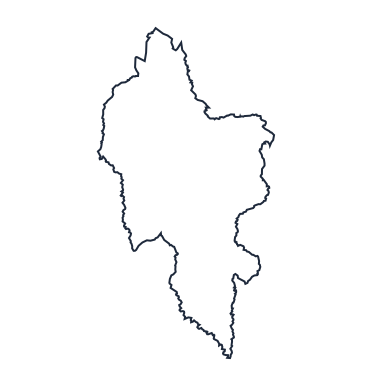 outline of Zacualpan, Veracruz, Mexico, rotated 124°
{"feature_id": "50627088B74691902992320", "entity_name": "Zacualpan", "entity_type": "district", "adm_level": 2, "iso_a3": "MEX", "parent_name": "Mexico", "parent_adm1": "Veracruz", "projection": "albers", "projection_center": [-98.327, 20.505], "detail": "fine", "context": "isolated", "style": "outline", "palette": "slate", "viewbox_px": 384, "rotation_deg": 124, "n_neighbors": 0, "source": "geoboundaries", "source_scale": "gbopen_adm2", "svg_char_len": 6021}
<svg xmlns="http://www.w3.org/2000/svg" viewBox="0 0 384 384"><g transform="rotate(124 192 192)"><path d="M215.1,280.2L214.1,277.8L215.2,276.5L215.2,273.9L214.2,272.7L215.7,270.0L217.2,269.9L218.8,267.8L218.5,266.4L217.3,264.9L217.5,262.7L216.8,260.6L218.6,259.6L219.0,258.6L220.5,258.0L220.8,255.8L224.3,256.0L224.6,253.5L227.0,252.6L228.6,250.4L229.3,250.1L231.0,250.8L231.0,249.0L234.8,249.1L234.9,248.3L233.9,247.8L234.2,245.5L235.9,245.0L236.9,243.4L239.8,243.6L240.6,241.1L242.4,238.3L243.5,237.9L245.3,238.7L247.1,238.5L247.8,236.2L249.7,236.2L250.4,235.3L252.1,235.2L253.7,233.7L255.2,233.1L255.5,229.8L257.8,229.6L258.6,229.0L258.1,227.4L259.4,227.0L259.6,226.0L258.2,224.7L258.2,223.3L258.7,222.3L260.6,221.7L260.1,220.4L260.6,219.3L262.4,218.6L265.4,218.5L266.9,215.3L268.2,214.7L268.6,213.4L270.3,211.3L272.2,210.1L273.4,207.5L272.6,206.4L271.2,205.9L266.5,206.2L261.6,204.9L257.3,202.4L255.6,199.2L252.3,196.3L250.6,196.3L248.9,195.1L243.5,194.8L245.3,193.3L245.2,192.3L247.3,188.2L247.6,182.0L248.6,180.6L247.6,179.7L247.8,177.2L247.4,176.1L250.9,171.1L250.8,169.7L251.2,169.1L252.3,169.2L253.6,170.3L255.2,170.3L255.5,169.0L257.3,168.2L258.8,165.7L262.5,164.8L262.7,164.2L265.6,162.5L267.3,160.9L270.7,161.4L272.7,162.5L276.5,161.7L279.9,160.0L280.4,159.4L280.6,157.0L283.5,156.1L283.4,148.8L284.5,147.7L285.7,148.1L286.3,147.3L285.9,144.8L286.6,144.0L287.9,143.9L288.5,142.7L288.4,140.5L289.3,138.8L291.4,138.7L292.9,139.4L293.8,138.2L294.3,136.0L296.3,136.5L297.0,136.2L297.3,134.5L295.8,132.9L295.6,131.7L296.6,130.8L298.8,130.2L299.3,127.9L301.4,127.1L298.0,124.9L296.7,122.1L298.9,121.4L299.1,120.7L300.5,119.9L299.1,118.8L297.3,118.5L297.6,116.1L297.3,114.4L298.2,113.1L297.9,111.5L300.0,112.2L301.1,112.0L301.6,110.3L301.5,109.6L299.5,108.2L300.1,106.7L299.9,105.4L300.6,104.3L299.3,101.5L299.4,101.0L300.6,101.3L301.4,99.9L300.9,99.0L297.9,96.8L299.1,94.7L298.1,94.0L298.2,93.4L301.4,92.0L301.6,91.5L301.1,87.6L302.6,84.6L304.1,83.7L302.3,82.9L302.1,81.8L303.5,80.2L305.5,79.4L304.3,76.6L305.8,75.8L307.4,76.4L308.6,75.9L309.0,75.1L308.3,72.8L307.1,70.9L307.6,70.3L309.8,70.1L308.4,67.6L306.6,68.1L305.1,69.0L303.8,68.8L302.6,69.2L301.4,70.5L300.6,72.5L297.2,72.6L297.0,73.5L293.7,75.1L292.2,76.2L292.0,77.0L289.2,75.9L288.6,76.3L287.3,78.3L286.0,78.6L285.1,80.4L283.4,81.0L283.0,82.6L281.3,85.2L279.7,84.6L277.3,84.6L276.6,86.1L274.8,86.1L274.2,86.7L273.8,88.2L273.0,88.9L270.5,88.9L270.6,89.8L271.7,91.1L271.2,92.1L268.5,91.8L268.2,92.6L265.7,93.0L266.1,93.9L264.0,95.6L261.0,96.3L260.7,95.8L259.7,95.9L257.2,96.7L256.9,97.5L252.5,98.6L252.3,99.5L250.8,99.2L249.4,100.0L249.0,100.5L250.2,101.6L250.0,102.2L247.3,102.5L247.7,103.7L246.1,103.6L243.8,106.2L242.9,109.1L241.5,109.8L240.7,109.4L237.4,110.9L235.7,110.2L235.8,107.4L237.6,105.7L236.8,98.4L238.3,96.4L236.4,95.2L234.3,95.7L232.4,94.9L228.7,94.8L226.3,93.6L224.4,91.4L223.5,91.4L223.1,92.2L222.3,92.0L221.0,93.5L219.2,92.5L215.9,93.5L214.4,95.1L214.2,96.4L211.8,97.7L208.6,101.1L208.4,102.0L209.7,103.2L209.8,106.1L210.4,107.0L209.9,111.4L210.6,113.2L210.0,114.5L211.1,116.9L209.0,117.7L208.2,119.0L208.9,122.5L210.9,123.7L210.2,124.5L210.3,125.3L209.5,126.0L209.4,127.7L208.7,127.5L208.8,129.2L208.3,129.6L205.2,131.1L203.2,130.9L201.3,132.3L199.9,131.7L198.8,132.0L197.4,133.5L196.2,136.2L193.2,136.5L193.2,138.7L191.8,139.1L190.7,138.4L189.5,138.6L189.1,140.1L186.8,139.5L185.3,140.0L183.2,139.9L181.6,137.7L180.2,138.0L178.1,136.3L176.1,136.6L171.1,132.3L169.7,132.1L168.8,132.7L167.9,132.3L164.9,130.1L163.9,128.5L160.4,127.3L159.2,127.4L158.1,126.2L156.0,126.9L156.0,128.0L154.8,128.4L152.6,128.1L151.9,127.4L149.5,128.0L148.5,129.0L148.1,130.6L146.6,130.7L145.4,130.2L144.5,131.1L144.5,132.0L145.5,133.2L143.7,134.3L141.9,139.2L142.6,139.9L141.4,140.7L140.8,143.7L139.9,144.2L138.2,144.0L133.8,146.8L129.6,146.6L127.8,147.8L124.6,150.8L124.1,153.1L122.1,155.0L120.2,159.0L118.4,159.5L117.8,158.4L113.1,160.4L112.1,159.9L111.0,158.5L110.4,159.8L108.9,159.1L108.0,157.2L109.2,154.1L110.0,153.3L106.6,154.0L103.5,153.8L98.9,155.8L98.2,159.4L98.7,160.3L98.3,161.9L98.8,166.7L98.3,169.9L96.9,170.0L95.9,168.8L93.6,169.2L92.6,170.0L92.4,171.0L93.3,174.6L92.6,176.3L92.0,176.3L90.7,177.7L92.4,180.7L91.7,181.6L91.9,182.2L93.6,183.5L93.8,185.0L96.1,186.3L99.8,191.1L100.8,191.6L101.4,193.0L102.5,194.0L102.3,194.3L102.6,194.2L104.3,196.0L105.5,198.1L105.4,199.5L104.3,200.5L106.0,203.3L108.7,204.9L108.9,205.6L112.6,207.4L113.2,209.2L114.5,210.7L115.9,210.1L116.5,210.5L117.3,213.3L119.1,213.9L118.8,215.0L121.0,218.1L120.6,221.1L119.9,221.6L119.5,224.7L118.8,226.3L118.1,226.8L116.3,225.7L116.0,226.7L115.2,226.4L114.3,227.7L112.6,225.2L111.9,228.8L111.3,229.9L110.8,234.0L112.5,238.8L112.4,241.7L110.2,242.4L109.2,243.7L108.1,249.6L103.8,250.3L102.7,252.3L101.3,252.9L102.0,254.5L99.9,254.5L100.3,256.9L97.9,259.1L97.1,261.6L94.3,262.9L93.6,262.1L92.8,262.2L93.2,264.0L91.9,265.2L90.9,265.0L89.9,266.2L90.3,266.4L89.7,268.5L88.6,269.8L86.8,270.3L86.7,272.3L85.2,272.9L82.5,272.8L81.5,274.1L79.7,279.5L74.2,284.5L81.7,284.2L83.6,284.7L83.8,286.8L83.8,288.3L82.5,288.5L79.7,292.7L76.2,294.1L75.9,299.7L76.9,304.4L76.5,313.8L80.9,313.8L82.0,314.6L82.5,313.7L85.1,316.4L88.2,316.1L88.4,314.6L87.8,313.6L93.1,313.6L102.1,308.0L109.9,304.4L110.9,312.9L111.3,313.7L112.5,313.8L120.5,308.9L122.3,306.1L123.6,302.9L126.0,301.6L127.5,303.7L128.1,303.8L128.9,305.4L130.0,306.1L130.8,305.9L132.2,306.8L134.3,306.7L135.0,307.8L135.5,307.3L138.3,308.6L140.8,311.6L145.3,313.2L146.2,314.6L151.0,315.4L151.5,314.5L153.5,313.7L155.3,311.8L157.8,311.4L163.4,313.0L165.9,313.0L168.8,313.9L169.9,312.0L171.3,311.4L173.7,311.5L177.3,309.0L180.9,307.8L181.1,306.0L183.6,305.0L184.3,303.3L186.1,303.0L186.3,301.7L188.9,300.6L190.7,300.3L191.8,300.7L192.4,299.2L193.3,299.0L193.4,297.3L196.3,296.6L198.9,295.0L201.1,295.4L201.3,294.4L202.4,294.4L202.6,293.8L205.6,292.4L207.8,291.9L211.0,292.7L213.7,287.6L215.6,287.6L216.4,286.7L215.1,285.3L212.3,285.5L213.3,282.0L213.9,280.9L214.7,280.8L215.1,280.2Z" fill="none" stroke="#1e293b" stroke-width="2"/></g></svg>